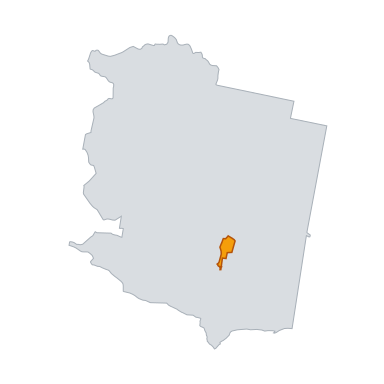 Atbara, River Nile, Sudan (highlighted), rotated 99°
{"feature_id": "16777658B19107068109893", "entity_name": "Atbara", "entity_type": "district", "adm_level": 2, "iso_a3": "SDN", "parent_name": "Sudan", "parent_adm1": "River Nile", "projection": "albers", "projection_center": [33.305, 17.884], "detail": "fine", "context": "in_parent", "style": "filled", "palette": "amber", "viewbox_px": 384, "rotation_deg": 99, "n_neighbors": 0, "source": "geoboundaries", "source_scale": "gbopen_adm2", "svg_char_len": 4637}
<svg xmlns="http://www.w3.org/2000/svg" viewBox="0 0 384 384"><g transform="rotate(99 192 192)"><path d="M263.9,305.1L260.5,305.1L260.1,304.3L260.1,302.1L260.5,300.4L261.8,297.7L261.5,296.3L261.6,294.2L260.7,291.8L252.4,285.0L250.8,283.2L246.4,281.4L247.1,279.5L245.3,265.5L246.2,263.9L246.5,261.5L246.5,259.3L247.5,255.7L247.7,254.2L238.9,254.1L238.8,255.6L239.2,257.4L239.2,258.0L227.0,258.0L231.9,263.6L232.1,266.0L231.8,269.0L231.8,270.9L232.1,272.1L233.4,274.6L233.3,275.1L233.0,275.6L224.3,282.9L222.8,286.3L221.7,288.0L219.1,291.0L211.1,298.7L209.8,299.2L203.7,299.4L203.1,299.6L202.6,299.9L202.4,299.8L197.2,295.2L188.6,289.6L182.8,292.3L181.2,293.3L181.1,296.0L180.2,297.3L178.6,298.7L174.3,299.6L172.1,300.3L169.4,301.8L166.7,304.2L166.5,305.5L166.8,306.6L152.0,306.2L151.1,305.3L149.0,301.1L147.5,301.3L134.1,300.4L132.2,300.8L128.3,302.3L126.3,302.5L124.4,301.7L117.6,293.3L116.1,292.3L114.6,290.3L113.1,289.4L112.6,288.7L112.5,287.9L112.6,286.1L112.2,285.0L111.1,284.7L101.5,286.1L100.2,285.9L98.2,286.1L97.5,286.4L96.6,287.5L96.4,289.7L96.1,290.8L95.3,292.0L92.5,294.6L91.8,295.8L91.8,298.8L91.6,300.3L91.1,301.0L89.9,302.1L89.4,302.8L88.8,306.6L87.2,308.9L86.8,309.7L86.6,311.4L86.4,311.9L82.0,313.0L80.3,313.8L79.3,315.0L79.0,315.6L77.2,315.0L74.9,314.6L70.4,313.9L68.6,313.2L67.8,312.3L68.2,309.9L67.8,309.4L67.1,309.0L66.7,307.9L66.8,306.7L69.3,304.1L69.9,302.7L70.9,295.9L70.8,293.8L69.1,289.9L65.2,283.1L64.2,281.8L59.1,276.1L58.6,275.2L57.4,272.8L59.1,267.9L59.3,266.5L59.0,265.1L57.7,263.9L56.5,263.7L55.0,262.3L54.0,261.6L53.2,260.4L52.6,258.7L53.4,252.8L53.1,252.0L51.8,251.7L51.5,251.2L51.6,250.1L51.1,246.7L50.4,243.8L51.0,242.3L50.0,240.1L47.8,239.1L43.6,239.5L42.3,239.3L41.4,238.9L40.8,238.1L40.5,237.2L40.9,235.8L42.2,233.3L43.9,231.4L47.0,229.7L47.9,228.7L48.4,227.6L48.6,226.3L48.5,225.0L48.2,223.7L47.4,222.0L46.7,220.1L46.7,218.8L47.2,217.9L48.1,216.8L51.2,214.8L54.4,213.1L55.0,212.5L54.8,211.7L53.5,210.1L53.2,207.2L52.5,205.1L54.2,203.7L55.4,203.2L57.2,202.8L57.9,202.2L58.2,201.0L58.2,199.9L58.9,199.0L59.9,197.2L60.6,196.4L63.1,194.4L63.7,193.0L63.9,191.6L63.5,187.5L65.0,185.8L66.8,184.5L69.2,184.7L73.1,184.6L75.7,184.2L77.6,184.3L81.8,185.3L82.3,184.9L82.6,183.9L86.4,105.5L103.7,106.3L103.9,106.2L105.6,69.2L213.3,72.2L214.2,72.1L215.9,68.6L216.7,68.4L217.8,68.6L218.1,69.4L217.2,72.2L311.3,71.8L311.6,76.0L312.4,79.4L315.2,84.2L317.5,86.7L318.4,88.2L318.5,88.8L318.4,89.4L317.7,88.7L316.5,88.3L316.4,90.6L317.0,95.2L318.0,98.4L317.4,101.4L317.6,106.5L318.9,112.6L318.8,116.5L321.0,125.6L323.0,130.6L324.1,131.9L325.3,132.5L327.6,132.9L331.1,135.4L333.8,138.0L334.8,139.4L336.2,140.9L337.0,140.6L337.6,140.2L338.5,141.4L342.8,144.1L343.5,145.3L342.0,146.6L340.3,148.8L339.5,150.8L339.0,151.4L337.6,152.7L337.4,153.3L336.8,153.7L336.1,153.7L334.7,154.4L333.4,154.3L332.0,154.7L331.6,155.2L330.5,155.6L329.1,155.9L326.9,157.6L325.0,158.5L324.3,159.1L323.4,162.5L322.7,163.4L319.8,163.5L318.4,163.9L316.4,163.5L315.5,163.6L315.3,164.3L315.0,167.2L315.1,168.4L313.5,171.7L314.1,177.8L312.6,182.4L312.4,183.5L310.9,187.1L310.1,188.5L308.2,195.3L307.4,197.4L305.7,199.6L307.8,215.9L306.4,220.9L306.5,223.6L305.6,227.6L304.8,229.5L303.5,231.7L302.4,234.3L301.5,237.6L301.0,243.8L300.7,244.4L295.5,245.2L293.8,245.7L292.7,246.4L291.4,248.0L288.8,252.4L287.4,255.1L285.2,258.8L282.7,261.5L282.2,262.7L281.8,265.1L280.9,268.8L280.0,271.5L280.2,273.6L279.4,277.3L279.5,279.1L278.6,280.1L277.4,281.1L276.6,281.3L272.9,278.9L270.3,280.6L268.7,283.0L267.5,285.4L268.2,290.5L268.2,291.6L267.8,292.9L265.4,297.9L264.7,300.2L264.0,304.2L263.9,305.1Z" fill="#d9dde1" stroke="#a8b0b8" stroke-width="1"/><path d="M264.3,152.2L264.2,151.4L262.4,151.4L262.0,151.4L261.9,151.5L261.8,151.4L261.7,151.4L261.4,151.4L261.3,151.1L261.2,151.0L260.9,151.2L260.7,151.4L258.3,151.5L252.5,151.6L252.4,148.0L246.4,147.7L245.4,143.2L236.2,142.1L233.8,141.8L233.6,141.8L233.3,142.1L232.5,142.9L232.2,143.5L232.0,144.0L231.9,144.1L231.8,144.4L231.6,144.8L231.2,145.5L231.1,146.0L230.9,146.4L230.8,146.8L230.4,147.6L230.3,147.8L230.3,148.0L230.1,148.4L229.9,148.9L229.8,149.2L229.7,149.4L230.0,149.5L232.9,151.5L233.1,153.8L234.0,154.0L235.6,154.3L237.7,154.7L237.7,154.8L242.1,155.8L245.8,154.0L248.6,153.4L249.9,153.5L257.1,154.3L258.7,155.2L258.9,155.6L259.0,155.8L259.3,155.9L259.4,155.7L259.4,155.4L259.5,155.2L260.2,155.1L260.4,154.9L260.7,154.6L260.9,154.5L261.0,154.4L261.1,153.9L261.4,153.5L261.4,153.3L261.3,153.0L261.3,152.9L261.3,152.7L261.5,152.7L261.8,152.7L262.0,152.6L262.3,152.6L262.5,152.5L262.6,152.3L262.7,152.1L263.5,152.2L264.2,152.2L264.3,152.2Z" fill="#f59e0b" stroke="#b45309" stroke-width="1.5"/></g></svg>